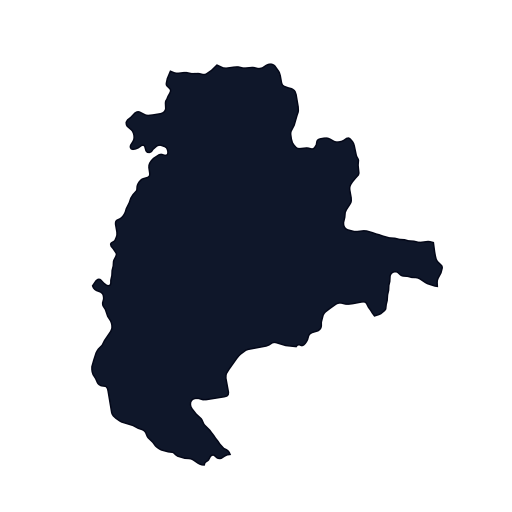 the district of San Francisco de Macorís, Duarte, Dominican Republic, rotated 350°
{"feature_id": "3306468B54253052941239", "entity_name": "San Francisco de Macorís", "entity_type": "district", "adm_level": 2, "iso_a3": "DOM", "parent_name": "Dominican Republic", "parent_adm1": "Duarte", "projection": "orthographic", "projection_center": [-70.214, 19.332], "detail": "fine", "context": "isolated", "style": "filled", "palette": "ink", "viewbox_px": 512, "rotation_deg": 350, "n_neighbors": 0, "source": "geoboundaries", "source_scale": "gbopen_adm2", "svg_char_len": 6048}
<svg xmlns="http://www.w3.org/2000/svg" viewBox="0 0 512 512"><g transform="rotate(350 256 256)"><path d="M429.3,317.4L429.8,313.4L430.4,311.3L431.5,309.4L435.2,304.7L437.1,300.6L437.4,299.5L437.3,298.2L437.0,297.6L433.8,293.1L433.2,291.7L432.8,290.2L432.6,287.1L432.6,283.1L433.0,273.6L430.0,272.2L428.0,271.6L420.6,271.2L418.4,270.8L414.1,268.9L408.6,267.5L405.1,265.8L400.2,264.6L395.9,262.7L390.4,261.3L384.3,258.4L380.8,256.4L378.3,255.3L374.8,253.3L369.3,250.6L366.5,249.9L359.9,249.5L357.0,249.0L350.9,246.2L349.8,245.4L348.9,244.4L348.2,243.2L347.8,241.8L347.7,240.4L348.0,238.2L350.1,233.3L351.4,228.5L353.1,226.0L357.9,220.8L358.8,219.6L359.4,218.1L359.8,215.1L359.8,207.2L360.0,205.6L360.4,204.1L361.6,202.1L363.7,199.8L367.3,196.7L370.9,193.9L371.7,192.2L372.3,184.3L373.5,179.6L373.4,178.4L372.4,175.5L372.2,174.0L371.9,164.5L371.6,162.2L370.9,160.2L369.3,157.5L368.6,156.6L367.6,155.9L365.7,155.9L362.5,157.4L360.3,158.0L357.9,158.1L355.5,157.9L354.0,157.4L352.7,156.7L349.2,153.8L347.3,152.6L345.8,152.1L343.5,151.8L339.7,151.8L338.2,152.0L337.0,152.5L336.4,153.0L335.8,154.0L334.7,157.1L332.3,159.7L330.7,160.4L329.5,160.3L326.1,158.8L324.7,158.4L317.8,157.9L316.4,157.6L315.1,157.0L314.2,156.0L312.6,153.4L311.5,150.8L311.1,146.9L311.3,142.1L311.6,140.6L312.2,139.2L316.3,133.8L320.8,124.6L322.4,121.7L322.9,120.3L323.4,116.4L323.5,104.1L323.0,101.0L322.4,99.7L321.0,98.2L320.0,97.4L316.9,96.0L313.1,93.8L311.8,92.4L311.4,91.1L311.2,89.6L311.2,82.6L310.8,79.5L310.4,78.2L307.5,72.1L306.6,71.1L305.5,70.3L304.2,69.7L302.8,69.5L301.4,69.5L299.3,70.0L295.2,71.8L293.8,72.0L291.6,72.0L290.3,71.7L286.7,70.1L285.2,69.7L278.2,69.1L275.9,68.7L271.5,66.8L270.1,66.5L267.0,66.2L259.2,65.9L256.3,65.1L250.7,61.2L244.4,65.5L239.0,68.0L237.7,68.4L236.3,68.3L235.0,68.0L232.1,66.7L230.8,66.3L224.3,65.3L219.3,63.3L217.0,62.9L211.5,62.6L209.2,62.2L207.3,61.4L203.8,59.2L199.5,65.9L197.8,70.1L197.5,71.2L197.6,72.4L197.9,73.0L200.1,76.1L200.6,77.2L200.7,77.9L200.4,79.1L199.3,80.8L197.1,83.5L195.4,86.2L194.0,87.8L193.4,89.6L192.7,95.1L192.2,96.3L190.9,97.9L189.0,98.9L186.8,99.3L179.0,99.2L174.3,98.9L172.8,98.5L171.5,97.9L166.3,94.0L165.0,93.5L163.6,93.5L161.6,94.2L156.9,97.7L153.3,99.6L152.0,101.0L151.3,102.1L151.2,104.2L151.6,105.6L152.4,106.7L155.2,110.1L156.0,111.4L156.6,113.5L156.8,115.7L156.6,117.9L156.0,120.0L154.7,121.9L151.9,125.0L151.3,126.2L151.2,127.4L151.7,128.7L152.2,129.1L153.4,129.6L156.0,129.6L158.8,129.0L162.6,127.2L163.8,127.2L164.4,127.4L164.9,127.7L165.5,128.7L165.9,132.9L166.3,134.0L167.1,135.0L168.9,135.5L170.1,135.3L171.2,134.9L173.1,133.0L177.4,130.4L179.4,130.0L181.4,130.3L185.3,132.5L186.7,133.9L187.1,135.2L187.4,137.2L187.2,139.1L186.7,140.3L186.2,140.8L185.0,141.3L183.3,140.9L180.8,139.6L179.5,139.4L178.1,139.5L172.0,142.1L169.6,143.9L167.5,146.1L166.4,148.1L165.9,150.4L165.7,156.5L165.4,157.8L164.7,159.0L163.1,159.8L158.4,160.3L157.0,160.6L155.7,161.3L153.9,162.7L152.4,164.4L151.6,165.6L151.0,166.9L150.2,170.1L149.6,171.1L145.6,174.2L142.8,177.3L140.5,181.5L136.5,186.9L134.9,190.1L133.6,191.9L132.1,193.5L130.3,194.9L128.4,195.8L125.3,196.6L124.3,197.3L123.9,197.8L123.4,199.1L123.2,200.5L123.2,208.3L122.7,211.3L121.8,213.1L119.8,216.2L118.8,216.9L115.8,218.0L115.0,218.9L114.9,219.5L115.1,221.3L116.6,223.9L118.7,228.6L118.9,229.7L118.8,230.4L117.9,232.1L115.3,235.5L114.7,236.8L113.7,241.0L111.8,245.3L110.7,250.2L108.9,254.5L108.3,257.6L107.8,258.7L107.4,259.2L106.2,259.7L104.9,259.5L103.7,258.9L101.3,256.3L98.8,252.5L98.4,252.1L97.2,251.6L95.9,251.7L94.1,252.7L89.9,257.0L90.4,259.1L91.4,260.8L92.8,262.2L96.7,264.5L98.0,266.0L98.6,267.2L98.8,268.6L98.7,270.8L98.4,272.1L96.8,275.6L96.6,277.6L96.9,278.9L98.4,282.5L99.5,289.7L101.6,294.7L102.0,296.8L102.1,299.0L101.8,301.2L101.4,302.6L99.8,305.1L92.2,312.9L89.0,317.2L84.6,320.3L83.1,321.9L81.7,323.7L78.2,330.3L75.2,336.5L74.7,339.3L74.6,341.6L75.0,344.5L76.8,348.8L77.8,352.9L78.3,354.2L79.1,355.3L80.6,356.6L81.7,357.1L85.2,358.2L85.7,358.6L86.4,359.8L86.8,361.1L86.9,363.4L86.7,385.1L86.9,386.5L87.7,388.6L89.9,391.5L93.1,394.7L94.8,396.1L105.4,401.5L110.1,405.2L113.8,407.2L115.3,408.4L116.1,409.5L116.7,410.7L117.6,414.8L118.2,416.2L122.1,421.6L124.0,425.5L124.9,426.7L126.5,428.4L128.2,429.9L129.4,430.7L135.6,433.6L140.0,434.9L140.9,435.7L142.3,437.7L144.1,439.5L150.7,442.8L154.9,443.8L156.9,444.5L158.7,445.8L163.0,450.0L164.7,451.3L166.6,452.3L168.7,452.8L169.7,450.8L170.7,450.1L172.8,449.2L173.8,448.6L175.9,445.9L176.8,445.1L177.8,444.6L179.0,444.5L180.1,444.9L182.5,447.9L183.5,448.6L185.4,449.2L186.8,449.1L190.3,447.6L193.0,446.8L196.0,446.9L195.5,444.8L194.6,443.1L193.3,441.7L190.8,439.9L187.7,435.0L186.3,431.8L184.4,428.3L183.3,425.7L181.4,422.1L180.2,419.6L175.9,413.5L175.3,412.2L174.3,408.1L173.7,406.7L169.6,401.3L166.4,395.3L165.7,393.2L165.6,391.1L166.1,388.9L166.8,387.8L167.8,386.8L168.9,386.1L170.3,385.8L171.8,385.7L174.6,386.2L178.8,388.3L181.9,388.8L200.2,389.1L202.4,388.9L203.6,388.5L204.6,387.5L205.2,385.4L205.1,371.0L205.8,367.9L206.5,366.5L209.6,363.0L219.3,353.4L221.7,351.3L223.6,350.0L229.6,347.0L231.9,346.6L250.4,346.4L253.4,345.8L256.9,344.3L258.9,344.2L260.8,344.8L269.7,349.3L279.8,352.2L281.1,351.0L282.3,350.8L283.3,350.9L285.2,352.1L286.3,352.2L287.6,351.8L289.3,350.6L290.8,349.1L292.2,347.3L294.0,343.6L294.9,342.6L296.0,341.8L298.0,341.1L304.1,340.4L306.0,339.4L307.0,338.5L307.7,337.4L308.2,336.1L308.8,332.6L309.3,331.4L311.8,325.9L313.1,324.3L314.6,323.1L320.0,320.3L326.1,317.4L327.4,316.9L329.5,316.7L331.6,317.0L335.9,318.9L338.9,319.5L343.0,319.7L351.8,319.6L354.0,319.8L355.3,320.3L355.9,320.8L356.6,321.8L357.9,326.1L359.4,329.1L360.7,332.4L362.3,335.6L366.7,335.0L368.8,334.5L373.2,332.0L374.5,330.7L375.8,326.3L377.4,322.7L378.8,317.1L380.6,312.8L381.7,308.0L383.3,304.3L384.6,298.8L385.3,297.7L386.2,296.7L387.4,296.0L388.7,295.6L390.1,295.6L392.0,296.1L392.9,296.9L395.1,299.8L396.1,300.6L397.3,301.2L402.0,302.4L405.6,304.1L409.8,305.0L411.8,305.8L413.7,307.2L418.3,311.6L420.1,313.0L426.9,316.6L429.3,317.4Z" fill="#0f172a" stroke="#020617" stroke-width="1.5"/></g></svg>